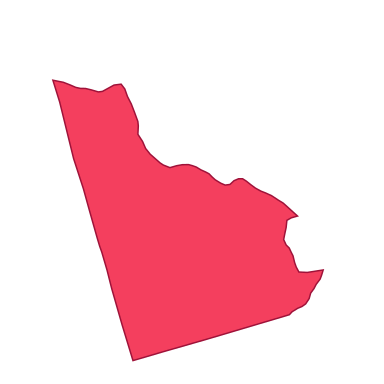 São Carlos do Ivaí, Paraná, Brazil (Albers equal-area conic projection), rotated 164°
{"feature_id": "56859067B30476837708549", "entity_name": "São Carlos do Ivaí", "entity_type": "district", "adm_level": 2, "iso_a3": "BRA", "parent_name": "Brazil", "parent_adm1": "Paraná", "projection": "albers", "projection_center": [-52.502, -23.368], "detail": "fine", "context": "isolated", "style": "filled", "palette": "rose", "viewbox_px": 384, "rotation_deg": 164, "n_neighbors": 0, "source": "geoboundaries", "source_scale": "gbopen_adm2", "svg_char_len": 1235}
<svg xmlns="http://www.w3.org/2000/svg" viewBox="0 0 384 384"><g transform="rotate(164 192 192)"><path d="M295.2,46.2L265.4,46.4L256.6,46.4L232.2,46.4L219.3,46.4L132.2,47.2L128.8,49.3L122.4,51.1L117.9,51.6L113.6,53.1L108.8,57.2L105.8,62.1L101.4,65.5L98.1,69.0L92.8,73.0L90.3,76.4L87.4,80.9L103.3,82.9L111.3,85.6L112.5,91.1L112.8,95.9L112.5,102.8L113.3,106.9L114.0,111.4L116.1,115.1L117.0,121.0L114.4,126.1L111.3,131.9L108.6,138.6L103.7,139.8L97.2,139.8L107.4,156.2L111.1,160.2L116.5,166.5L121.4,170.7L125.7,174.0L130.0,178.3L133.6,183.0L136.8,187.5L139.7,190.8L143.6,191.9L148.5,191.3L153.4,188.8L158.2,189.5L161.9,192.5L166.3,197.3L168.7,201.2L170.6,204.8L173.4,207.5L177.3,210.8L181.0,214.8L184.5,217.3L187.8,219.3L193.8,220.9L199.5,221.5L206.5,221.5L212.1,225.8L214.7,228.8L221.8,239.9L224.6,246.6L225.6,254.2L228.1,262.4L225.4,270.3L224.6,274.7L225.3,284.5L226.1,293.4L227.7,301.5L228.2,309.6L230.4,315.2L237.5,316.3L250.3,313.4L254.4,314.0L260.6,317.9L265.9,320.9L270.6,322.3L274.9,324.6L279.5,328.4L285.4,332.9L294.9,337.8L294.4,314.9L296.6,256.7L295.5,225.1L295.7,201.4L295.8,173.6L295.7,165.2L295.3,159.1L295.2,140.3L295.6,128.0L295.8,121.4L295.8,83.6L295.2,46.2Z" fill="#f43f5e" stroke="#9f1239" stroke-width="1.5"/></g></svg>